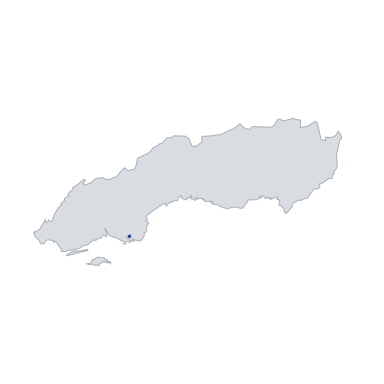 location of Täby, Stockholm, Sweden, rotated 58°
{"feature_id": "70781695B44466819558577", "entity_name": "Täby", "entity_type": "district", "adm_level": 2, "iso_a3": "SWE", "parent_name": "Sweden", "parent_adm1": "Stockholm", "projection": "mercator", "projection_center": [18.068, 59.467], "detail": "fine", "context": "in_parent", "style": "filled", "palette": "blue", "viewbox_px": 384, "rotation_deg": 58, "n_neighbors": 0, "source": "geoboundaries", "source_scale": "gbopen_adm2", "svg_char_len": 4169}
<svg xmlns="http://www.w3.org/2000/svg" viewBox="0 0 384 384"><g transform="rotate(58 192 192)"><path d="M126.4,277.3L127.3,279.9L129.1,279.6L129.8,277.7L130.7,272.2L129.5,265.9L131.1,263.8L132.1,260.3L134.6,259.3L137.9,255.2L138.2,251.0L139.0,248.0L136.1,238.5L135.9,236.1L140.2,234.9L142.1,228.5L139.1,224.4L134.5,220.5L136.0,207.9L134.0,200.9L134.3,198.0L134.0,193.4L135.1,191.6L132.8,184.8L135.1,180.1L134.7,177.7L141.1,168.1L145.4,166.3L153.4,167.8L155.3,164.0L155.3,161.9L154.6,156.9L150.1,154.1L155.0,145.1L158.8,136.3L159.5,127.6L160.4,123.9L159.5,115.2L164.7,114.2L169.3,110.6L168.7,105.8L178.9,90.8L179.3,88.1L178.5,85.5L176.0,80.8L176.7,78.6L179.5,77.4L180.8,75.3L182.9,67.9L188.6,62.0L194.8,65.9L197.5,59.3L197.4,50.0L199.6,49.0L216.3,54.9L219.1,51.5L216.3,49.6L219.1,45.9L219.9,43.5L220.2,40.8L220.1,39.3L217.8,35.8L223.1,35.3L226.0,37.0L226.2,39.1L237.5,50.2L246.5,54.6L249.0,57.7L249.9,61.1L251.3,61.3L252.9,64.5L254.7,66.2L253.2,68.4L253.2,73.4L253.7,75.6L252.7,79.9L255.7,80.9L256.1,83.4L254.5,86.0L254.7,88.8L258.3,97.4L257.3,100.1L257.0,103.6L255.3,106.1L255.0,108.7L255.3,112.0L255.9,113.6L257.5,114.7L260.1,123.6L257.3,124.1L255.2,123.0L250.3,124.0L249.1,125.3L245.3,121.9L243.2,123.8L241.7,122.1L240.5,124.9L240.2,128.8L238.4,128.5L239.1,130.0L236.7,130.5L236.5,131.1L237.0,132.1L236.3,133.2L233.0,133.6L232.5,134.9L233.5,136.4L233.4,137.3L231.3,135.9L232.8,138.7L233.1,140.7L228.5,148.5L230.0,150.6L231.2,155.0L232.5,157.0L231.9,159.0L227.2,163.9L224.6,171.3L218.7,176.1L215.7,177.4L213.7,180.8L211.4,179.7L211.3,181.7L209.8,180.5L208.6,183.5L206.5,186.1L204.2,185.6L203.9,186.1L204.6,186.8L202.0,187.5L201.2,190.1L199.3,190.8L198.9,191.7L200.9,191.8L200.5,194.0L198.2,195.1L197.4,196.4L196.4,196.4L196.6,195.4L195.1,195.4L194.7,194.2L194.4,194.5L195.4,198.0L194.6,199.4L196.0,200.7L191.9,204.1L189.5,202.8L189.1,203.9L189.7,206.8L191.8,209.0L190.5,210.5L189.1,217.2L190.1,221.3L187.2,220.4L187.4,221.9L186.6,223.6L186.9,226.2L186.6,227.9L187.3,229.4L186.9,230.2L187.3,237.2L188.1,240.2L187.8,242.6L188.9,243.9L191.4,244.2L192.1,246.2L195.2,245.0L197.4,248.9L201.5,252.1L201.3,254.2L203.9,255.8L205.4,258.7L206.0,261.0L205.8,262.5L201.7,266.5L198.5,269.1L195.3,270.7L195.4,271.4L197.0,271.6L201.0,269.7L202.1,271.4L200.0,272.2L199.6,274.4L198.6,275.9L190.0,280.9L188.8,282.5L185.0,285.1L178.0,284.9L177.0,285.4L183.0,286.5L184.4,288.3L181.5,289.5L182.8,293.9L182.0,294.9L182.0,299.7L181.0,299.8L180.5,301.8L181.0,306.6L181.5,307.9L181.3,309.3L179.7,312.5L180.2,316.3L178.4,323.2L176.3,327.1L174.7,332.4L172.9,334.2L170.8,333.1L167.7,333.7L162.0,333.5L161.3,334.0L161.7,335.9L159.6,335.6L156.0,339.7L155.9,341.6L157.4,345.3L155.6,347.8L151.8,347.2L146.7,348.7L142.1,347.5L142.7,346.2L143.0,341.3L137.8,331.1L140.2,332.1L141.2,331.6L139.7,328.3L141.8,328.0L142.5,326.8L142.1,324.9L140.4,324.0L138.8,321.0L137.3,319.4L134.4,313.2L133.4,309.0L132.4,309.4L131.6,304.4L130.1,303.7L129.7,298.6L128.1,298.1L127.1,295.8L126.9,291.4L125.0,290.8L125.2,288.7L124.6,280.8L123.9,278.3L124.4,276.5L125.5,276.3L126.4,277.3ZM206.9,301.3L206.1,301.8L205.5,303.2L204.2,303.9L203.9,308.2L205.2,309.9L203.9,310.6L203.0,312.9L200.6,314.5L199.7,315.9L199.2,318.0L197.2,319.1L198.6,316.0L196.7,312.3L197.2,311.0L197.1,306.8L201.3,301.5L203.2,300.8L204.1,301.4L204.5,300.1L205.1,299.8L206.9,301.3ZM180.2,331.1L179.2,332.0L178.9,330.7L179.0,325.8L181.3,320.0L182.3,319.5L185.1,311.5L185.4,310.9L186.4,311.4L185.7,312.2L185.7,313.6L184.0,317.9L183.5,320.7L182.9,321.3L180.2,331.1ZM207.8,299.6L207.6,300.9L206.5,299.9L207.5,298.5L209.6,298.8L207.8,299.6ZM203.0,267.1L201.6,269.1L201.4,268.3L201.6,267.3L203.0,267.1ZM200.0,277.5L199.3,277.6L199.8,276.3L200.7,275.9L200.0,277.5Z" fill="#d9dde1" stroke="#a8b0b8" stroke-width="1"/><path d="M195.9,267.5L195.6,267.8L195.6,268.0L195.6,268.3L195.6,268.5L195.7,268.8L195.8,268.9L195.8,269.0L196.0,269.0L196.1,268.9L196.1,269.0L196.2,269.3L196.3,269.4L196.4,269.5L196.5,269.5L196.7,269.4L196.8,269.3L196.8,269.2L197.0,269.0L197.1,268.9L197.1,268.7L197.2,268.4L197.2,268.2L197.2,267.9L196.9,267.9L196.8,267.7L196.7,267.6L196.4,267.6L196.2,267.6L195.9,267.5L195.9,267.5Z" fill="#3b82f6" stroke="#1e3a8a" stroke-width="1.5"/></g></svg>